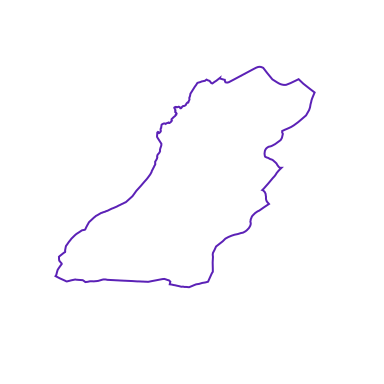 Hornindal nor, Sogn og Fjordane, Norway, rotated 138°
{"feature_id": "86288312B93534014402224", "entity_name": "Hornindal nor", "entity_type": "district", "adm_level": 2, "iso_a3": "NOR", "parent_name": "Norway", "parent_adm1": "Sogn og Fjordane", "projection": "robinson", "projection_center": [6.586, 61.998], "detail": "fine", "context": "isolated", "style": "outline", "palette": "violet", "viewbox_px": 384, "rotation_deg": 138, "n_neighbors": 0, "source": "geoboundaries", "source_scale": "gbopen_adm2", "svg_char_len": 5818}
<svg xmlns="http://www.w3.org/2000/svg" viewBox="0 0 384 384"><g transform="rotate(138 192 192)"><path d="M240.1,114.6L238.3,115.4L231.7,118.3L229.9,118.8L228.1,120.8L223.8,125.8L219.9,129.7L218.5,131.6L217.2,132.7L214.0,133.9L212.4,134.6L210.6,135.4L202.1,134.8L198.4,135.0L195.1,134.2L191.7,133.0L189.0,131.8L186.1,130.1L183.0,128.7L181.4,127.7L180.3,127.4L178.5,127.0L176.8,126.9L174.0,127.1L172.9,127.4L171.4,127.9L170.2,128.6L169.4,129.3L168.9,130.0L168.6,130.8L167.6,131.5L166.9,132.2L163.9,133.7L162.9,133.9L161.5,134.0L159.2,134.1L156.7,133.8L155.4,133.5L154.6,133.2L152.2,132.9L148.9,132.5L142.8,131.6L142.8,132.4L142.8,133.7L142.8,134.0L142.7,134.8L142.6,135.4L142.0,136.8L141.2,137.9L140.3,138.8L139.9,139.4L139.2,140.5L138.8,141.0L138.4,141.7L138.3,142.3L138.0,143.1L138.0,143.8L138.0,144.2L138.1,145.9L138.4,146.4L136.5,146.5L129.5,147.3L122.6,148.3L120.2,148.5L119.1,148.7L117.8,149.0L116.6,149.4L114.1,149.8L111.8,150.0L109.3,150.1L110.2,150.9L110.6,151.6L110.7,152.3L110.7,153.0L110.5,155.1L110.1,156.8L110.2,157.5L110.2,158.2L110.4,159.7L110.6,161.6L111.0,162.7L111.9,164.2L112.6,166.4L113.3,167.5L114.0,169.1L113.9,169.6L113.7,170.1L113.3,170.7L112.5,171.9L110.9,173.3L110.1,173.9L109.1,174.3L108.2,174.6L107.2,174.7L106.1,174.6L104.9,174.4L103.3,173.5L102.5,173.1L101.2,172.7L99.5,172.3L98.4,172.0L92.7,171.4L91.4,171.3L90.3,171.6L88.9,172.1L85.6,174.4L85.1,176.0L84.1,177.0L82.6,176.5L81.5,176.2L79.3,175.4L76.5,174.5L74.9,174.0L71.7,173.4L66.7,172.9L64.3,172.8L56.0,172.6L50.2,174.5L47.7,175.9L45.3,177.8L43.0,179.3L41.8,180.2L40.2,181.1L37.3,182.5L34.3,183.9L35.4,189.9L36.8,198.0L37.3,204.5L41.2,205.6L45.9,207.0L50.2,208.6L51.2,209.3L52.4,210.5L53.3,211.7L54.1,213.0L54.7,214.4L55.3,216.2L56.9,221.9L56.5,230.4L56.0,236.6L56.5,237.7L57.1,238.8L58.2,240.0L59.5,240.8L61.0,241.4L64.0,242.2L85.4,247.5L91.3,249.0L92.7,249.8L93.7,251.1L93.5,252.0L92.6,253.4L92.7,253.5L93.0,254.0L93.9,255.4L95.0,257.2L95.4,257.7L94.8,258.1L99.4,258.4L101.8,258.8L104.0,259.0L104.3,259.1L104.8,260.2L104.7,261.4L104.6,262.0L104.6,262.3L104.8,263.2L105.5,264.4L106.0,265.8L108.1,266.0L108.5,266.3L110.9,267.7L112.2,268.1L114.6,269.3L115.4,269.4L116.5,269.0L117.7,268.7L119.3,268.4L127.4,266.1L129.2,264.7L131.1,263.7L132.0,262.4L133.5,261.7L134.3,261.5L134.4,261.4L134.6,261.1L134.9,261.0L135.1,261.0L135.3,261.1L135.6,261.5L135.9,261.5L136.2,261.5L136.9,261.4L137.6,261.2L138.2,260.9L138.5,260.8L138.8,260.8L139.7,261.0L140.3,261.2L140.8,261.5L141.0,261.8L141.3,261.9L141.5,261.9L141.9,261.9L142.5,261.9L143.0,261.8L143.3,261.7L143.6,261.6L143.9,261.6L144.3,261.7L144.6,262.0L144.6,262.3L144.2,262.6L144.4,263.3L144.6,263.7L144.6,263.9L144.7,264.1L144.8,264.1L144.9,264.3L145.2,264.4L145.5,264.5L146.0,264.8L146.5,265.0L146.8,265.3L146.7,265.6L147.1,266.1L147.6,266.3L148.3,266.6L148.8,266.5L148.9,266.3L149.3,264.6L149.6,263.8L150.2,263.6L150.3,263.4L150.4,263.0L150.5,262.9L150.9,262.7L150.8,262.3L150.9,262.1L150.9,261.8L150.8,261.4L151.0,260.6L152.2,260.4L152.2,260.0L152.4,260.0L152.7,260.0L153.6,259.8L154.0,259.8L154.9,259.9L156.8,259.9L157.0,259.8L158.1,259.8L158.4,259.8L158.6,259.7L159.1,259.1L159.2,258.9L159.3,258.9L159.7,258.6L159.6,258.4L160.5,258.2L161.8,258.3L162.5,258.3L163.0,258.7L163.1,259.0L163.1,259.3L163.4,259.3L163.5,259.4L163.5,259.5L164.6,260.0L165.4,260.2L165.9,260.2L165.9,260.4L166.2,260.8L166.3,261.1L166.7,261.3L166.9,261.6L167.0,261.7L167.8,262.0L168.0,262.1L168.7,262.3L169.6,262.3L171.6,260.7L171.9,260.3L172.2,260.2L172.6,260.2L172.9,260.0L173.5,259.5L173.8,259.1L174.3,258.2L174.6,258.2L175.0,257.9L175.7,257.7L176.8,257.8L177.1,257.8L177.3,258.0L177.2,258.3L177.2,258.6L177.2,258.8L177.1,259.0L177.3,259.1L177.3,259.4L178.0,259.4L180.8,256.7L181.2,256.0L182.5,248.3L183.6,247.2L184.9,246.4L185.9,245.9L186.8,245.3L187.7,244.7L188.3,243.8L189.1,243.4L189.9,243.1L190.8,242.9L192.1,242.8L193.1,242.5L194.2,241.7L194.4,241.2L194.8,240.8L195.4,240.6L195.6,240.3L196.9,239.8L197.9,239.5L199.0,239.2L199.3,239.0L199.7,238.4L200.2,238.0L200.3,237.7L200.7,237.2L201.2,237.0L201.9,236.7L202.5,236.6L203.2,236.2L204.1,235.9L205.3,235.4L207.8,234.5L208.7,233.9L211.3,233.0L215.6,232.1L217.5,231.8L220.4,231.5L223.5,231.1L225.7,230.8L232.6,230.1L236.2,229.3L239.1,228.7L240.2,228.7L241.8,228.7L247.6,228.7L248.4,228.8L249.0,229.1L251.0,229.6L252.5,230.1L254.1,230.5L255.6,231.0L257.7,231.5L261.5,232.8L262.7,233.3L265.1,234.0L267.4,234.6L268.5,235.2L269.5,235.4L271.6,236.4L272.8,236.8L273.5,237.2L275.9,237.7L277.4,238.0L279.4,238.5L280.4,238.5L281.9,238.6L288.4,238.5L289.1,238.4L290.6,237.8L291.1,237.7L293.3,236.9L294.4,236.5L295.7,235.9L296.5,235.6L297.6,236.0L298.5,236.6L299.3,237.1L300.4,237.3L302.0,237.5L305.6,238.1L306.7,238.2L308.4,238.2L312.8,238.0L314.9,237.6L316.9,237.3L318.2,237.0L320.2,236.5L321.5,236.3L322.7,235.6L323.3,235.1L325.3,233.6L325.9,232.8L326.5,232.3L327.4,232.5L328.4,232.6L331.5,232.8L333.2,232.9L334.2,232.9L334.5,232.5L335.3,231.6L335.7,231.1L336.0,230.7L336.6,229.8L336.6,229.1L336.7,227.8L336.7,226.8L336.7,226.1L337.1,225.6L338.2,225.4L339.7,225.1L342.3,224.5L344.0,224.0L346.1,222.7L348.3,221.2L349.7,220.8L348.0,216.3L345.8,211.3L345.3,210.0L344.9,209.3L342.1,207.8L340.9,207.2L337.3,205.1L336.8,204.4L335.4,202.9L332.2,199.6L331.8,198.0L331.5,196.4L329.5,195.0L327.5,193.9L324.6,191.2L322.6,189.7L321.2,188.7L317.2,186.8L316.1,186.1L314.7,184.8L313.7,183.4L303.1,172.8L295.8,165.6L292.8,162.5L291.7,161.5L284.6,154.5L281.7,152.8L280.7,152.2L279.9,151.7L277.6,150.3L272.3,147.1L271.5,146.5L270.7,145.9L269.6,144.0L269.1,143.0L268.3,141.9L268.2,141.1L268.1,139.9L270.3,138.3L269.7,137.6L269.1,136.9L267.8,135.0L267.1,134.2L266.0,132.6L264.7,130.8L263.3,128.7L262.0,127.7L261.2,126.6L259.8,125.3L257.9,123.2L254.6,122.0L252.8,121.4L250.7,120.6L248.1,118.9L245.3,117.6L242.5,115.8L240.1,114.6Z" fill="none" stroke="#5b21b6" stroke-width="2"/></g></svg>